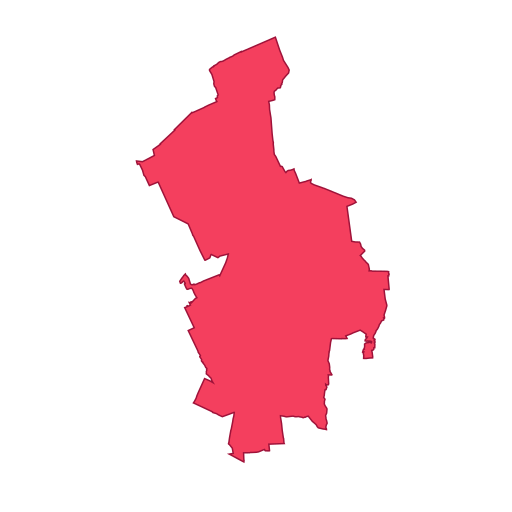 outline of Topolog, Tulcea, Romania, rotated 59°
{"feature_id": "2599482B94952153685810", "entity_name": "Topolog", "entity_type": "district", "adm_level": 2, "iso_a3": "ROU", "parent_name": "Romania", "parent_adm1": "Tulcea", "projection": "natural_earth1", "projection_center": [28.367, 44.857], "detail": "fine", "context": "isolated", "style": "filled", "palette": "rose", "viewbox_px": 512, "rotation_deg": 59, "n_neighbors": 0, "source": "geoboundaries", "source_scale": "gbopen_adm2", "svg_char_len": 6087}
<svg xmlns="http://www.w3.org/2000/svg" viewBox="0 0 512 512"><g transform="rotate(59 256 256)"><path d="M78.4,126.7L73.6,163.0L73.5,163.6L73.1,163.4L72.4,171.1L72.7,173.2L72.2,176.3L72.3,176.5L72.0,180.2L72.0,183.4L71.7,185.0L71.0,186.4L70.9,188.3L71.5,191.1L71.3,194.3L71.8,194.5L71.8,195.3L71.6,195.3L71.6,196.3L72.1,199.7L73.1,200.3L77.7,200.3L83.6,201.8L84.8,202.1L86.7,203.5L88.8,204.1L89.3,204.2L90.8,203.8L98.2,205.4L98.5,205.6L98.8,206.7L100.0,207.2L100.4,207.5L100.2,209.6L102.4,210.0L103.5,210.0L102.3,218.8L101.9,223.5L102.0,223.7L102.0,224.0L100.6,235.4L100.3,237.1L99.9,237.1L105.6,260.6L105.8,260.6L105.8,260.9L106.3,260.8L110.5,280.4L111.0,280.4L111.7,289.4L117.5,291.3L116.7,304.7L113.0,309.5L114.3,310.0L116.3,310.4L116.3,310.2L117.0,308.7L117.7,308.5L124.0,309.1L129.1,310.5L131.0,310.0L140.7,311.1L141.9,303.5L142.2,302.1L142.4,301.8L180.0,306.2L193.6,297.6L204.2,299.1L205.7,299.5L206.9,299.3L222.5,301.2L233.2,302.0L233.5,301.6L233.8,296.7L233.6,296.3L231.7,294.0L231.6,293.6L237.8,289.5L237.5,286.9L240.0,278.7L243.0,281.6L246.3,285.6L254.3,297.3L253.1,297.4L250.4,313.7L250.2,317.4L249.8,318.2L249.5,321.4L249.1,323.1L248.5,324.0L248.1,323.8L247.8,325.7L246.8,326.4L246.2,326.6L240.5,325.2L237.7,325.5L236.5,326.0L235.0,325.8L235.6,328.1L236.0,328.8L236.7,330.7L238.4,334.4L240.4,334.8L240.7,334.0L240.6,332.9L240.2,332.3L240.3,330.8L243.0,330.7L243.2,330.9L243.1,331.7L243.3,331.8L247.0,332.3L248.9,332.3L249.3,331.8L249.5,331.2L249.6,330.1L250.2,328.1L250.7,327.6L253.2,327.6L255.1,328.0L257.7,328.2L261.3,328.2L261.2,329.9L262.5,334.3L262.1,334.7L261.9,335.4L262.8,335.4L262.9,335.8L261.5,337.2L264.3,337.5L264.1,340.4L263.2,340.4L263.1,340.7L263.7,341.1L263.9,341.9L263.5,343.7L285.7,345.9L285.0,352.5L307.6,354.7L308.6,355.1L312.7,354.9L313.0,355.2L313.1,355.9L313.6,356.1L316.6,355.9L317.8,356.8L318.8,356.7L319.7,356.2L319.9,356.6L323.2,356.2L325.7,356.5L326.5,356.1L327.0,356.3L327.4,356.2L327.7,356.7L328.8,357.2L329.3,358.0L330.3,358.5L331.4,359.3L334.4,358.2L335.6,358.1L336.5,357.7L337.7,357.5L340.4,358.1L342.4,358.1L339.2,359.9L334.6,363.2L343.5,376.1L345.5,378.8L347.1,380.6L349.0,383.8L349.7,385.3L365.9,374.4L367.4,373.5L367.7,373.7L368.0,373.6L370.7,371.1L373.0,369.9L376.4,367.6L378.1,358.8L378.7,355.5L378.9,355.2L381.7,357.4L383.8,359.5L386.0,361.3L391.9,366.6L392.3,367.2L398.4,372.5L401.9,375.3L402.5,376.1L403.0,376.3L404.0,375.9L408.5,375.3L413.5,377.2L412.0,381.0L426.3,372.5L425.2,371.6L424.1,371.2L418.3,368.0L421.4,362.7L421.7,361.5L422.1,361.1L424.4,356.8L425.2,354.7L426.1,348.5L426.3,348.3L427.3,348.5L427.8,348.3L429.9,344.9L429.9,344.7L423.9,341.9L431.3,328.4L430.6,328.3L426.6,326.3L425.9,326.2L418.9,323.3L412.8,320.4L407.0,318.1L405.5,317.3L407.7,314.6L409.1,313.3L409.7,312.5L412.0,307.4L412.7,306.3L413.7,305.5L414.4,304.5L415.7,301.9L416.2,301.6L417.9,299.6L418.8,299.0L419.1,298.4L419.2,297.2L419.6,296.8L419.6,295.6L420.2,293.7L426.7,292.9L429.6,291.9L431.6,291.3L433.9,291.4L435.3,291.1L435.8,290.7L439.1,287.3L439.6,286.5L441.1,285.0L440.6,284.7L439.5,284.6L438.5,284.2L436.9,282.6L436.2,281.4L435.8,281.1L433.6,280.3L431.7,279.9L430.2,279.1L428.9,278.7L428.2,278.0L427.1,276.4L423.8,274.0L423.1,273.8L419.6,273.9L417.8,273.6L417.4,273.2L415.8,272.2L414.3,270.6L412.1,270.8L410.6,269.2L409.7,268.6L406.3,265.9L406.2,265.6L406.6,265.1L406.5,264.6L405.7,263.9L405.2,263.0L404.0,262.6L403.0,262.9L401.8,262.3L402.6,262.0L403.5,260.7L403.6,260.2L402.9,259.5L397.1,256.4L396.4,255.8L395.1,255.3L396.9,252.5L396.9,252.1L392.8,252.0L392.2,251.5L391.3,251.4L389.3,250.1L386.1,248.7L383.0,248.3L382.5,248.1L379.4,245.3L377.1,243.7L376.4,243.0L375.8,242.8L375.0,241.7L368.5,236.6L365.8,234.0L365.8,233.5L366.3,232.7L371.0,225.3L371.0,224.8L371.2,224.7L373.0,221.8L373.6,220.4L370.7,220.2L371.7,214.7L371.9,212.3L373.2,204.9L375.9,203.5L379.8,201.8L380.5,202.5L381.9,203.6L382.3,203.4L382.6,202.4L382.8,202.2L383.7,204.2L383.8,205.2L384.9,206.2L386.0,205.1L386.2,204.4L387.8,201.9L388.4,201.3L389.1,201.0L389.9,201.8L387.8,203.7L388.1,204.5L387.7,205.0L387.2,206.6L387.4,208.3L389.4,209.4L391.2,211.0L391.6,211.1L391.3,211.7L391.7,212.0L391.7,212.4L393.4,214.2L393.6,214.1L393.3,213.3L393.7,212.9L394.5,214.1L396.8,214.9L399.2,216.5L400.5,214.5L401.9,211.3L403.4,208.5L402.4,207.8L398.0,205.9L397.3,205.8L396.5,205.5L396.5,205.1L396.9,204.5L396.8,203.4L396.5,203.0L395.3,202.3L395.3,201.9L395.7,201.4L393.7,200.1L392.9,199.6L392.2,199.6L391.8,199.3L391.3,199.2L391.2,198.9L391.4,198.6L390.4,198.0L389.6,198.4L388.6,197.7L389.1,197.3L388.7,196.9L386.7,197.8L384.8,196.1L383.7,193.8L382.6,192.2L381.8,191.4L381.3,189.8L380.5,188.4L379.3,186.6L378.3,185.6L377.7,184.0L376.3,181.8L376.6,179.5L375.8,178.9L375.4,177.8L374.7,178.3L374.6,177.6L374.1,177.1L373.1,176.9L372.3,176.4L369.4,173.0L366.1,169.5L365.3,169.1L359.4,167.4L350.6,163.5L353.3,159.3L353.1,159.0L342.5,153.9L341.0,153.1L341.4,152.5L339.9,151.4L340.0,151.3L339.8,151.2L339.6,151.4L337.9,150.6L337.7,150.4L336.7,151.5L332.5,158.2L328.9,164.1L328.0,164.9L327.0,166.7L325.6,165.6L321.2,164.1L320.2,164.2L318.0,164.9L317.0,164.9L315.4,165.4L312.3,166.0L310.1,166.1L309.3,166.4L307.8,160.3L306.9,159.9L304.3,160.8L302.0,161.0L299.6,160.2L297.4,160.1L295.1,163.7L292.7,166.4L260.3,152.5L261.3,146.4L261.5,142.5L258.6,142.7L255.7,144.4L253.4,147.2L249.6,150.5L232.7,163.1L232.4,163.5L231.4,164.2L225.0,169.5L222.6,171.0L221.3,171.5L220.5,171.1L219.5,169.8L218.9,169.4L218.9,169.6L217.8,174.1L217.7,175.2L217.4,175.9L215.8,181.3L205.5,179.5L202.4,179.2L200.9,178.6L200.7,180.3L200.2,182.3L199.3,184.3L199.3,185.8L199.9,187.4L198.5,187.7L192.9,187.5L192.3,187.9L191.8,188.9L180.9,187.8L178.4,188.0L175.3,186.7L174.2,186.0L168.8,183.5L167.9,182.8L165.6,182.0L159.5,179.2L145.4,172.1L137.4,168.9L133.4,166.7L130.0,165.5L131.3,161.3L131.7,159.4L129.3,157.9L127.4,157.4L125.2,156.4L124.3,155.5L124.2,155.2L124.1,153.6L123.2,151.0L124.3,148.7L123.9,148.0L123.4,147.5L122.7,147.2L122.1,145.4L121.4,145.3L121.0,144.3L118.7,142.4L117.0,137.6L115.9,133.8L113.7,131.8L110.9,131.5L102.5,131.7L99.2,130.9L91.8,129.7L78.4,126.7Z" fill="#f43f5e" stroke="#9f1239" stroke-width="1.5"/></g></svg>